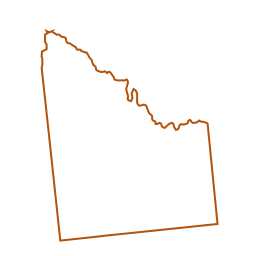 the district of Val Verde, Texas, United States of America, rotated 174°
{"feature_id": "52423323B42666839171000", "entity_name": "Val Verde", "entity_type": "district", "adm_level": 2, "iso_a3": "USA", "parent_name": "United States of America", "parent_adm1": "Texas", "projection": "equal_earth", "projection_center": [-101.192, 29.763], "detail": "fine", "context": "isolated", "style": "outline", "palette": "amber", "viewbox_px": 256, "rotation_deg": 174, "n_neighbors": 0, "source": "geoboundaries", "source_scale": "gbopen_adm2", "svg_char_len": 1570}
<svg xmlns="http://www.w3.org/2000/svg" viewBox="0 0 256 256"><g transform="rotate(174 128 128)"><path d="M168.2,23.2L166.5,23.2L161.6,23.3L49.0,23.2L48.4,124.0L49.4,125.0L52.3,126.2L55.4,127.0L56.5,128.0L59.0,126.3L63.2,126.3L64.3,127.5L64.7,128.7L65.6,129.6L67.3,128.8L68.0,126.8L68.6,126.3L72.0,125.6L75.1,126.2L76.2,125.6L78.3,121.6L80.5,121.1L81.9,123.9L82.6,127.6L84.1,128.6L87.0,127.6L91.2,124.4L92.4,124.5L94.2,126.1L94.5,128.6L95.5,129.5L96.3,129.8L98.8,128.9L100.2,129.2L100.1,131.2L101.0,132.2L102.4,132.9L102.9,133.7L103.0,135.1L102.7,137.1L102.9,137.7L105.6,140.8L107.4,147.7L108.2,148.9L109.9,149.6L113.7,148.9L115.0,149.4L115.8,150.8L116.3,152.4L115.3,161.4L116.6,164.9L118.5,166.1L120.8,161.8L120.4,157.5L122.1,154.5L124.6,155.4L125.3,156.9L124.6,159.7L125.8,166.7L123.3,173.1L123.3,174.5L124.2,176.4L127.1,175.5L128.3,176.0L133.5,176.4L136.4,177.6L136.7,179.7L139.7,185.1L140.8,185.9L141.8,185.8L142.9,184.8L145.1,186.8L146.9,186.4L149.4,186.6L153.4,188.8L153.9,192.4L155.9,194.5L156.8,197.6L156.7,198.4L157.0,199.3L158.8,201.8L160.9,206.8L161.8,207.6L163.1,207.8L166.5,209.6L166.7,210.3L167.8,211.1L170.1,211.1L171.0,212.1L171.4,213.9L173.5,215.2L176.7,218.1L179.4,219.0L180.2,220.7L180.6,224.1L181.1,224.6L182.8,225.3L184.0,225.4L185.2,226.3L186.6,227.9L187.4,228.3L189.0,228.2L192.8,231.2L193.3,232.1L193.2,232.2L196.3,231.4L198.8,232.9L198.0,230.8L200.7,229.6L201.6,222.5L200.2,219.5L200.7,214.9L205.6,213.0L206.5,207.7L205.9,206.6L206.5,200.2L207.6,196.6L207.4,155.7L207.1,23.1L168.2,23.2Z" fill="none" stroke="#b45309" stroke-width="2"/></g></svg>